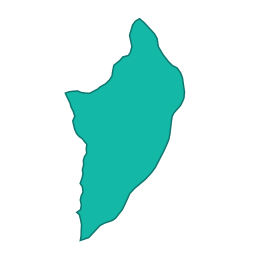 the district of Ouro Velho, Paraíba, Brazil, rotated 175°
{"feature_id": "56859067B95037000270346", "entity_name": "Ouro Velho", "entity_type": "district", "adm_level": 2, "iso_a3": "BRA", "parent_name": "Brazil", "parent_adm1": "Paraíba", "projection": "natural_earth1", "projection_center": [-37.127, -7.609], "detail": "fine", "context": "isolated", "style": "filled", "palette": "teal", "viewbox_px": 256, "rotation_deg": 175, "n_neighbors": 0, "source": "geoboundaries", "source_scale": "gbopen_adm2", "svg_char_len": 1270}
<svg xmlns="http://www.w3.org/2000/svg" viewBox="0 0 256 256"><g transform="rotate(175 128 128)"><path d="M185.3,20.1L176.6,22.3L164.4,33.3L159.7,35.3L151.7,37.3L148.3,39.2L140.7,47.3L135.0,57.1L132.0,62.5L127.1,67.0L114.9,75.6L112.5,77.8L108.7,81.3L104.3,86.2L94.2,102.2L89.9,109.9L88.2,113.4L86.8,118.4L83.8,132.7L82.8,136.1L80.7,139.3L73.8,145.8L71.4,149.6L69.7,152.9L68.6,158.7L69.4,173.3L70.9,178.5L73.8,183.5L78.3,186.3L82.0,190.7L87.0,198.5L90.7,206.4L91.2,214.5L93.3,219.3L102.5,231.3L107.0,235.9L111.4,233.7L114.5,230.1L116.2,225.7L118.4,220.2L117.0,208.9L119.0,203.3L121.3,200.2L127.1,199.2L129.8,196.3L133.1,194.0L136.6,191.7L138.1,186.7L139.4,181.2L142.3,177.4L146.6,173.9L151.7,171.6L155.2,169.2L158.9,167.7L163.0,165.9L166.9,166.4L171.2,167.3L175.0,169.3L179.6,169.4L183.4,169.2L187.4,168.2L186.0,164.2L183.5,157.6L183.0,154.1L181.1,149.4L180.0,144.3L182.4,139.9L181.9,135.7L181.1,130.9L179.6,126.8L177.3,123.7L174.4,121.3L172.4,118.0L170.4,115.4L171.4,111.0L171.4,106.4L173.8,103.3L175.3,99.7L175.4,95.2L177.1,90.4L176.8,86.4L178.1,82.2L180.5,76.9L178.6,73.5L178.4,68.0L180.4,64.8L181.8,60.5L181.2,55.4L182.4,50.8L186.4,48.4L184.0,46.0L183.2,41.0L182.7,35.6L183.5,30.2L184.1,24.6L185.3,20.1Z" fill="#14b8a6" stroke="#0f766e" stroke-width="1.5"/></g></svg>